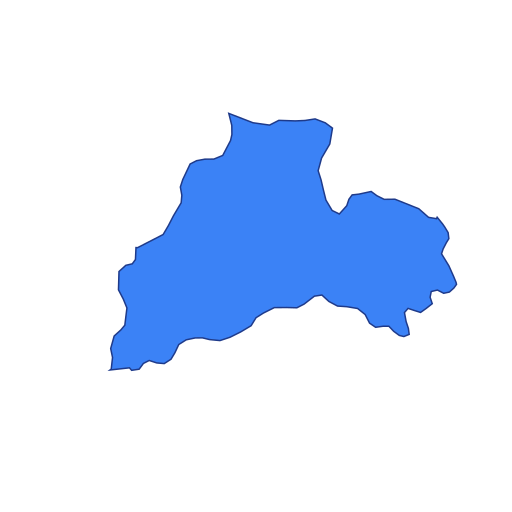 Cheongsong-gun, North Gyeongsang, South Korea, rotated 243°
{"feature_id": "91817680B32757414449699", "entity_name": "Cheongsong-gun", "entity_type": "district", "adm_level": 2, "iso_a3": "KOR", "parent_name": "South Korea", "parent_adm1": "North Gyeongsang", "projection": "orthographic", "projection_center": [129.024, 36.373], "detail": "fine", "context": "isolated", "style": "filled", "palette": "blue", "viewbox_px": 512, "rotation_deg": 243, "n_neighbors": 0, "source": "geoboundaries", "source_scale": "gbopen_adm2", "svg_char_len": 1688}
<svg xmlns="http://www.w3.org/2000/svg" viewBox="0 0 512 512"><g transform="rotate(243 256 256)"><path d="M318.0,152.9L307.6,147.0L305.2,142.2L306.8,135.8L304.4,126.9L288.3,118.1L277.9,118.2L268.3,117.4L253.9,107.7L251.5,102.1L249.1,93.3L239.5,84.5L230.7,82.1L221.0,75.7L220.7,74.2L213.8,92.5L210.6,93.3L208.2,100.5L211.4,106.9L211.4,113.4L205.8,119.0L201.8,125.4L202.6,133.4L206.6,139.8L212.2,147.0L213.0,155.8L210.6,164.6L207.4,171.1L202.6,176.7L197.0,185.5L195.4,195.9L195.3,207.9L196.1,220.0L201.0,228.0L201.8,236.8L201.7,248.9L196.1,260.1L191.3,268.9L191.3,277.0L193.7,289.8L191.3,297.0L182.4,300.3L174.4,305.9L169.6,313.9L163.1,322.7L154.3,326.7L144.6,326.7L138.2,330.2L135.7,337.4L133.1,342.5L126.4,344.5L120.2,347.6L117.1,351.2L116.6,356.9L122.3,358.9L129.5,360.0L138.2,362.6L140.3,367.7L135.6,372.3L131.0,377.0L132.0,383.7L133.5,391.4L140.2,392.4L144.8,396.0L143.3,402.2L137.6,406.3L136.2,411.4L136.1,412.0L137.6,417.7L139.7,421.8L141.7,422.3L145.6,422.6L147.9,422.8L159.7,423.4L173.7,422.3L177.3,425.9L181.4,431.6L183.9,435.7L189.6,437.8L196.3,437.3L199.9,436.8L208.3,435.0L207.3,433.8L212.1,427.3L224.2,422.5L243.5,405.6L248.3,395.9L254.8,391.1L261.2,387.9L264.4,375.8L266.8,369.4L264.4,364.6L259.6,359.7L255.6,349.3L262.0,344.5L274.1,343.7L284.5,346.1L294.2,348.5L303.8,350.1L313.5,358.9L322.3,372.6L335.2,382.2L343.2,378.2L351.3,370.9L354.5,361.2L358.5,352.4L366.5,337.9L366.5,327.5L376.1,313.8L395.4,296.5L383.3,293.7L375.2,289.7L370.4,285.7L360.7,272.0L361.5,262.4L365.5,254.4L367.9,246.3L367.9,239.1L357.4,225.5L351.8,219.9L343.8,217.5L337.4,213.5L329.3,200.7L322.9,191.8L317.3,183.0L317.2,154.2L318.0,152.9Z" fill="#3b82f6" stroke="#1e3a8a" stroke-width="1.5"/></g></svg>